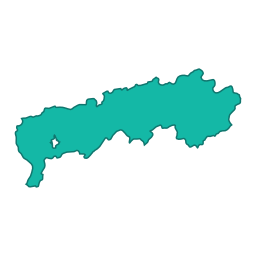 the border of Tadzhikistan Territories
{"feature_id": "TJK-368", "entity_name": "Tadzhikistan Territories", "entity_type": "Region", "adm_level": 1, "iso_a3": "TJK", "parent_name": "Tajikistan", "parent_adm1": "", "projection": "mercator", "projection_center": [69.993, 38.757], "detail": "fine", "context": "isolated", "style": "filled", "palette": "teal", "viewbox_px": 256, "rotation_deg": 0, "n_neighbors": 0, "source": "natural_earth", "source_scale": "10m", "svg_char_len": 5791}
<svg xmlns="http://www.w3.org/2000/svg" viewBox="0 0 256 256"><path d="M199.3,69.1L201.1,70.2L202.1,71.0L202.8,72.1L203.2,73.2L202.9,74.2L201.5,76.2L201.0,77.3L202.2,79.8L204.4,80.8L207.0,80.9L212.5,79.7L213.5,79.7L214.4,80.5L214.9,82.1L215.0,83.9L214.8,85.3L214.2,86.3L213.5,87.1L212.9,87.9L212.8,89.3L213.2,90.7L214.0,91.8L215.0,92.6L216.0,92.9L218.0,92.7L219.9,91.8L225.2,88.1L226.2,87.6L228.2,87.2L230.0,86.2L231.0,86.0L231.9,86.7L232.5,88.3L232.9,90.0L233.0,91.5L233.4,92.5L234.6,93.0L236.9,93.4L238.2,94.3L239.3,94.9L239.4,95.3L239.6,96.5L240.1,97.7L240.6,98.5L240.4,100.0L240.4,102.1L240.2,102.7L239.8,103.3L239.1,103.7L237.2,104.5L235.4,105.6L235.1,106.2L234.9,107.0L235.1,108.3L234.9,108.9L234.5,109.7L231.5,112.7L229.8,114.6L229.2,116.4L229.0,117.9L228.8,118.6L228.7,119.6L228.9,120.5L229.6,122.1L230.2,123.1L231.7,124.9L230.2,126.1L229.2,127.6L228.5,128.5L227.0,129.8L225.1,130.7L222.5,130.8L220.1,131.4L219.4,132.0L218.1,133.4L216.4,134.0L216.0,134.4L215.3,135.7L215.0,136.0L214.7,136.1L214.0,135.6L213.3,135.5L210.2,136.4L208.6,136.3L207.6,136.4L207.1,136.6L205.5,138.6L204.8,140.0L203.6,140.6L203.2,141.0L203.1,141.6L203.1,143.4L202.9,144.1L202.5,144.4L202.0,144.6L200.4,144.5L199.6,144.7L199.2,145.0L198.4,146.0L197.8,147.6L197.5,147.8L197.3,147.6L196.6,146.5L196.0,145.8L195.4,145.4L194.6,145.1L193.7,145.3L191.3,146.7L190.5,147.0L189.9,147.0L189.5,146.8L188.2,145.0L186.7,144.0L186.2,143.3L185.9,142.3L185.8,140.9L185.5,139.9L184.9,139.1L184.2,138.6L183.5,138.5L180.8,139.1L178.5,139.2L176.8,138.7L176.4,138.0L176.4,137.2L177.1,135.3L177.1,133.9L177.4,132.4L177.1,131.4L175.4,128.3L175.2,127.6L175.1,127.0L175.3,125.6L174.9,125.2L174.2,125.0L172.1,125.3L169.4,126.5L167.6,127.8L167.0,128.0L166.2,128.1L164.5,128.0L162.8,128.2L162.4,128.2L162.1,127.9L161.6,126.2L160.9,125.3L160.2,125.1L156.5,126.6L155.7,127.1L152.7,129.7L151.8,130.3L150.3,130.8L150.1,131.1L150.4,131.5L152.0,132.7L152.6,133.5L152.8,134.3L152.7,135.2L151.7,136.8L151.1,137.5L148.6,139.7L147.7,142.0L147.1,142.7L144.4,145.0L143.9,142.8L143.3,141.6L140.9,139.7L140.5,139.1L139.8,138.7L136.7,139.0L134.1,139.0L133.2,139.2L131.4,140.8L129.7,142.9L129.4,142.7L129.3,142.1L129.8,138.9L129.8,138.1L129.5,137.0L127.3,135.8L126.1,134.5L125.4,133.5L122.6,130.6L121.9,130.2L120.8,129.9L120.1,130.0L116.8,131.3L116.0,132.0L112.8,135.4L110.8,139.0L109.9,139.6L109.0,139.8L108.5,139.8L108.2,139.6L107.2,138.3L106.5,138.0L105.8,137.9L105.4,138.1L105.1,138.4L99.7,146.5L97.3,148.8L94.6,150.5L93.7,151.5L92.7,152.0L92.5,152.3L92.0,153.2L91.4,153.7L90.9,154.5L89.9,155.6L88.2,157.4L87.2,158.0L86.6,158.2L85.1,158.1L84.6,157.9L84.3,157.6L84.0,156.8L84.1,156.4L85.0,155.3L85.1,154.6L84.0,154.0L79.7,153.9L79.4,152.4L78.7,151.3L78.0,150.7L76.8,150.4L74.1,151.6L66.8,152.1L63.2,153.4L61.9,154.3L61.0,156.1L60.3,157.0L59.5,157.4L57.5,157.9L57.0,157.9L56.1,156.5L55.3,156.1L54.0,156.4L52.8,157.9L51.7,158.6L50.8,158.6L49.0,158.3L47.0,157.7L46.1,157.8L45.1,158.7L44.3,159.8L44.0,160.5L44.8,163.9L44.9,165.8L44.6,167.0L44.5,167.5L42.2,171.2L41.2,173.3L41.2,173.7L41.4,173.9L42.9,174.5L42.9,174.9L42.7,176.1L42.6,179.0L42.4,179.4L42.2,179.7L40.5,180.5L39.8,181.4L39.2,182.8L38.4,186.0L38.1,186.4L37.7,186.6L36.4,186.9L36.1,186.8L35.8,186.3L35.4,185.9L30.2,186.8L28.9,186.6L27.6,185.3L26.1,184.2L26.7,183.8L27.1,182.9L27.8,180.7L28.4,179.4L30.5,176.2L31.8,172.4L32.7,168.4L32.5,165.8L31.2,163.7L26.9,159.9L24.1,158.3L23.2,157.3L21.2,153.7L19.1,151.7L18.6,150.7L18.4,149.7L18.3,147.5L18.0,146.5L16.7,144.5L16.3,143.6L16.2,142.1L16.3,138.1L16.2,136.7L15.5,134.1L15.4,132.9L15.8,131.8L17.1,130.9L17.4,130.5L17.5,129.7L16.9,128.4L16.7,127.7L16.9,126.2L17.5,125.9L18.5,125.9L19.7,125.6L20.6,125.1L21.5,124.4L22.1,123.4L22.6,122.3L22.7,120.8L22.1,119.4L21.6,118.5L23.0,118.2L25.7,118.1L26.7,117.8L29.7,116.6L30.5,116.4L31.2,116.4L33.1,117.2L36.2,115.9L37.8,116.0L38.9,115.7L40.7,115.0L41.3,114.3L42.1,112.8L43.8,111.6L44.7,108.6L45.1,108.3L45.5,108.1L49.1,108.4L54.2,106.4L55.0,106.2L55.2,106.4L55.5,107.0L55.9,107.3L56.6,107.4L59.8,107.2L62.8,107.4L66.2,108.3L67.6,108.8L70.6,109.5L72.3,108.8L73.6,107.6L77.5,105.4L78.7,104.9L79.6,104.6L85.7,104.7L86.1,104.5L86.3,104.1L86.5,101.6L86.7,100.6L87.0,100.1L87.7,99.4L88.7,99.1L93.2,98.6L94.0,98.7L95.9,100.5L96.3,101.0L96.7,102.4L96.7,103.2L96.3,105.7L96.5,106.3L96.8,106.6L97.1,106.6L98.6,105.3L99.4,104.9L101.2,104.4L101.8,104.0L102.1,103.6L101.9,103.0L101.9,102.2L103.2,101.1L103.7,100.3L104.1,99.0L104.4,96.2L104.1,95.2L103.1,94.1L102.9,93.5L106.7,91.3L107.8,91.2L108.6,92.6L108.9,92.9L110.1,93.3L110.5,93.3L111.5,92.9L112.6,92.1L113.7,90.2L114.4,89.5L120.3,88.6L120.8,88.6L121.2,89.6L121.7,89.9L122.0,89.9L123.6,88.6L125.1,88.0L125.9,87.9L126.5,87.9L126.8,88.2L127.1,88.8L127.1,90.0L127.3,90.3L127.5,90.3L128.9,89.4L134.6,86.6L135.0,86.1L135.4,85.2L135.8,84.7L136.2,84.5L136.9,84.5L137.9,85.4L138.5,85.5L140.7,85.4L146.2,83.8L146.9,83.7L147.5,83.2L148.0,82.0L151.2,81.5L152.4,81.0L152.9,79.8L153.3,79.3L154.1,78.8L156.1,77.3L156.7,77.8L157.9,78.3L158.5,78.8L158.8,79.8L158.4,81.7L158.4,82.5L159.2,84.0L160.6,84.8L162.2,85.1L163.7,84.9L165.4,83.9L166.0,83.8L167.3,83.8L167.7,83.6L168.4,82.9L169.4,82.4L170.6,83.0L171.9,83.8L173.4,84.2L175.1,83.3L176.1,81.4L176.9,79.1L178.0,77.2L179.8,76.0L182.0,75.4L184.3,75.3L187.3,75.9L188.0,75.9L188.6,75.5L190.3,73.5L191.0,72.9L192.9,71.9L194.4,70.5L196.5,70.0L198.3,69.2L199.3,69.1ZM56.4,139.7L56.2,138.7L55.8,137.7L55.3,136.7L54.9,135.6L54.4,135.2L54.2,135.7L54.1,136.7L54.4,137.9L54.1,138.7L52.7,139.4L51.5,139.8L51.3,140.4L51.8,141.6L50.4,142.6L50.7,143.0L52.0,142.5L52.3,143.3L51.9,144.1L52.5,144.9L52.4,146.0L52.6,147.5L53.5,148.2L54.6,148.1L55.6,147.9L55.7,147.2L55.6,146.0L57.1,144.7L58.6,144.0L59.0,143.1L59.6,142.1L58.7,141.9L58.4,141.0L57.4,140.8L56.9,140.5L57.0,139.7L56.4,139.7Z" fill="#14b8a6" stroke="#0f766e" stroke-width="1.5"/></svg>